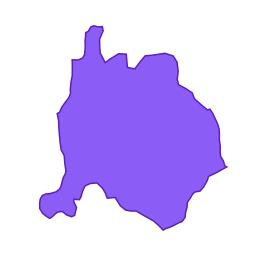 the district of Kurdamir District, Kürdəmir, Azerbaijan, rotated 355°
{"feature_id": "54616110B82810927503709", "entity_name": "Kurdamir District", "entity_type": "district", "adm_level": 2, "iso_a3": "AZE", "parent_name": "Azerbaijan", "parent_adm1": "Kürdəmir", "projection": "mercator", "projection_center": [48.161, 40.284], "detail": "fine", "context": "isolated", "style": "filled", "palette": "violet", "viewbox_px": 256, "rotation_deg": 355, "n_neighbors": 0, "source": "geoboundaries", "source_scale": "gbopen_adm2", "svg_char_len": 1670}
<svg xmlns="http://www.w3.org/2000/svg" viewBox="0 0 256 256"><g transform="rotate(355 128 128)"><path d="M94.2,29.3L93.7,32.9L92.8,37.6L92.6,42.2L92.1,46.0L91.0,51.4L88.9,54.3L84.3,55.9L78.3,55.2L78.1,59.5L77.3,68.2L77.0,71.2L75.3,76.9L73.8,85.1L73.8,88.2L71.8,92.5L67.9,96.8L63.9,101.4L61.3,106.2L58.7,107.5L59.5,114.7L59.1,123.0L59.1,136.5L59.5,144.1L62.0,149.8L62.0,158.5L62.4,165.5L61.7,167.9L59.3,171.6L57.4,176.5L56.1,180.3L54.5,182.9L50.8,185.3L44.9,186.5L40.2,186.6L36.7,187.8L34.5,190.9L33.4,195.2L33.3,197.4L33.0,200.5L35.4,205.4L38.8,208.7L41.9,211.1L43.7,210.6L48.7,206.8L50.4,205.6L55.2,205.4L59.3,209.3L64.1,211.5L67.2,210.4L69.8,202.6L67.6,196.8L67.9,194.2L73.3,195.2L75.1,192.6L77.2,187.0L80.1,182.0L85.6,180.0L92.3,180.0L97.5,185.9L99.9,191.3L101.2,196.1L107.4,196.1L109.1,196.1L113.7,205.0L118.5,209.6L123.3,210.9L129.0,211.5L133.6,214.8L145.3,222.8L150.1,227.8L154.1,232.8L154.2,232.7L156.8,231.5L161.1,230.5L166.0,228.7L169.7,227.1L173.8,225.8L177.0,222.2L178.0,217.2L179.9,212.2L180.6,207.3L184.1,203.1L186.8,199.3L189.0,197.6L194.3,197.1L198.4,193.1L202.8,186.5L203.9,183.3L212.9,179.9L218.5,177.3L223.0,175.4L221.2,174.3L220.1,169.0L217.9,164.6L217.7,160.4L218.3,153.7L218.0,147.5L218.6,141.7L218.6,136.4L217.4,131.1L213.8,121.1L211.3,116.4L208.7,116.9L203.3,111.6L196.7,104.6L195.1,98.7L189.0,93.8L182.1,89.2L181.3,83.6L182.9,76.1L182.6,66.6L179.3,60.2L171.3,56.8L158.8,57.6L151.4,57.6L146.0,63.0L139.9,69.7L132.7,67.6L132.7,59.9L132.7,54.3L125.3,53.2L115.8,57.9L111.0,61.0L106.9,50.9L106.9,45.3L107.4,37.1L111.7,29.1L111.3,24.8L106.8,24.6L102.9,23.2L99.9,24.0L96.8,28.3L94.2,29.3Z" fill="#8b5cf6" stroke="#5b21b6" stroke-width="1.5"/></g></svg>